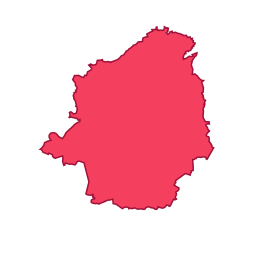 the district of San Marcos, Sucre, Colombia, rotated 72°
{"feature_id": "7082276B33104783866993", "entity_name": "San Marcos", "entity_type": "district", "adm_level": 2, "iso_a3": "COL", "parent_name": "Colombia", "parent_adm1": "Sucre", "projection": "robinson", "projection_center": [-75.194, 8.569], "detail": "fine", "context": "isolated", "style": "filled", "palette": "rose", "viewbox_px": 256, "rotation_deg": 72, "n_neighbors": 0, "source": "geoboundaries", "source_scale": "gbopen_adm2", "svg_char_len": 5616}
<svg xmlns="http://www.w3.org/2000/svg" viewBox="0 0 256 256"><g transform="rotate(72 128 128)"><path d="M205.1,152.1L205.0,151.5L205.1,150.6L205.9,149.1L206.0,148.4L206.1,146.2L208.1,144.1L208.8,141.1L209.4,139.6L210.2,138.5L210.3,138.1L210.4,137.5L210.3,136.9L209.4,135.6L209.2,134.8L209.1,133.5L209.4,132.5L210.8,130.9L212.1,128.4L213.6,127.3L214.0,126.7L214.1,125.7L213.2,124.4L212.9,123.7L212.4,123.8L212.1,123.7L212.2,123.4L212.9,123.1L214.7,120.3L214.9,119.8L214.9,118.2L214.6,117.1L213.5,115.3L213.4,114.6L213.7,114.1L214.4,113.4L215.2,113.0L215.3,112.3L215.0,111.8L214.4,111.1L212.7,109.6L211.9,108.6L210.9,107.8L210.1,107.0L210.1,106.8L210.8,105.5L210.7,103.9L210.4,103.8L209.1,104.9L206.5,102.7L206.3,102.4L204.8,102.3L204.2,102.5L203.8,102.4L203.5,101.7L203.1,99.8L202.3,98.7L200.8,98.1L198.8,99.9L198.7,100.3L197.2,101.1L196.5,101.8L195.6,100.6L194.8,100.1L194.7,99.4L192.9,99.2L192.0,96.6L192.0,96.9L189.0,87.6L192.0,83.4L190.1,82.3L189.9,81.7L188.3,80.9L188.6,79.2L185.1,78.0L178.0,76.3L178.4,75.1L178.3,74.4L177.8,73.7L178.0,73.2L178.1,72.7L177.3,71.8L177.2,71.3L177.5,69.8L178.5,67.9L178.6,65.6L179.6,63.3L180.1,63.0L181.6,63.2L182.2,62.5L173.3,52.7L172.5,53.6L171.9,53.8L170.1,53.7L167.8,54.2L167.0,54.5L166.2,55.0L165.8,55.2L165.6,54.9L163.3,54.1L162.0,53.9L161.2,54.0L160.7,55.1L160.3,55.6L158.8,55.7L158.2,55.3L157.9,54.5L156.9,53.4L156.5,52.0L156.0,51.4L155.5,51.6L155.2,52.1L153.4,52.4L151.6,52.4L149.9,53.2L149.1,53.0L148.7,51.9L148.7,51.2L149.0,49.9L149.3,49.4L148.6,49.3L148.2,49.2L147.2,49.0L145.9,52.5L142.8,53.1L140.9,53.3L134.9,50.9L132.8,50.6L131.0,48.7L129.1,47.6L129.1,48.5L126.7,46.8L125.9,45.8L125.3,45.9L125.2,46.3L124.5,47.1L123.6,47.2L123.0,46.8L122.5,46.7L122.0,47.0L121.5,46.7L121.2,46.9L120.7,46.5L120.2,46.7L119.5,46.5L118.9,47.0L118.4,46.9L118.2,47.1L117.7,47.1L117.4,46.9L117.3,45.6L113.0,43.8L107.8,43.8L107.1,43.5L106.9,43.4L106.9,42.9L106.2,41.5L105.5,43.2L103.5,44.6L102.1,45.2L101.3,45.8L100.4,45.7L97.6,47.4L97.2,47.8L97.0,50.3L96.3,50.3L95.2,49.4L93.7,49.0L92.7,48.3L87.8,48.3L87.5,48.2L85.9,47.3L85.9,47.2L85.7,47.1L85.0,47.1L85.1,46.8L84.5,46.5L83.9,45.9L83.4,45.7L81.0,42.6L80.6,42.0L80.5,41.1L79.0,39.7L77.8,39.2L77.8,41.1L78.0,41.9L78.0,44.3L79.6,43.7L79.9,44.9L79.2,46.6L78.7,47.6L79.5,50.5L80.0,53.8L79.5,53.8L79.2,53.4L78.8,53.8L77.8,53.9L77.6,53.4L76.0,52.4L75.5,51.6L74.9,51.2L75.2,50.2L75.0,49.8L73.7,50.1L73.5,49.9L73.2,49.1L73.1,47.6L73.2,47.2L73.9,47.0L73.4,45.7L73.5,44.3L72.5,43.6L71.9,42.4L71.4,42.5L71.5,42.0L70.8,42.0L70.5,40.3L69.9,40.6L69.7,40.6L69.3,39.0L68.0,37.9L66.6,39.7L65.2,38.8L63.8,39.8L62.7,39.1L62.6,40.6L60.5,40.8L60.3,43.5L57.9,43.8L57.2,46.8L56.3,47.1L56.0,47.5L54.1,49.9L53.5,51.2L51.6,53.3L51.4,55.3L51.3,55.2L50.7,56.6L49.6,56.2L49.6,58.3L50.5,59.4L51.3,61.0L51.1,61.4L49.2,62.0L49.2,61.5L49.0,61.4L48.1,60.0L47.4,60.1L47.0,59.5L45.6,58.8L44.9,59.7L45.4,59.9L44.0,61.6L43.8,61.4L43.1,62.1L43.9,62.2L44.3,62.8L45.2,63.2L45.9,64.1L45.9,65.1L45.7,65.2L45.2,66.0L44.9,67.4L44.4,68.8L44.6,68.8L44.2,69.7L43.4,69.4L43.2,70.1L40.9,69.2L40.7,69.8L42.9,71.1L41.8,74.8L43.4,74.4L43.9,78.5L44.5,81.2L47.3,80.9L46.9,83.2L47.0,85.8L47.4,86.2L50.2,87.5L49.3,91.6L50.6,94.0L51.1,95.4L50.9,97.4L51.5,98.1L52.7,100.8L53.2,102.9L54.2,104.1L54.3,106.0L55.5,107.1L56.0,108.1L57.0,109.2L57.2,109.8L57.3,111.8L57.7,112.7L58.8,114.3L59.8,117.0L60.0,122.8L60.2,124.1L60.2,124.4L59.9,124.4L60.1,124.8L60.0,125.1L59.0,125.7L58.7,126.3L58.0,129.6L56.3,131.6L55.5,131.5L55.1,131.3L54.9,134.3L54.7,134.2L54.2,136.3L55.0,136.9L55.8,137.1L57.0,138.1L57.8,139.2L57.3,142.2L56.5,142.7L56.0,143.3L56.2,143.8L56.8,143.5L56.9,144.2L56.3,144.6L56.0,145.4L55.9,145.3L56.0,145.9L59.8,144.2L60.3,144.2L61.0,144.6L61.3,145.3L62.1,149.1L65.1,151.1L65.2,151.6L64.4,152.7L66.2,154.7L65.0,156.5L62.7,158.7L61.6,162.7L65.0,165.7L65.9,165.2L66.6,165.1L67.4,164.7L68.9,164.2L69.5,164.3L70.8,164.8L71.8,164.7L73.3,164.0L74.3,164.2L74.8,164.5L76.0,165.7L77.3,166.2L77.1,166.3L77.7,166.4L77.6,168.4L79.0,168.8L80.0,169.9L80.5,170.1L80.9,170.2L81.7,169.9L83.2,170.4L83.6,170.4L84.0,170.3L84.0,170.1L86.3,169.8L89.1,170.0L90.2,170.1L91.2,171.0L92.1,170.2L92.5,170.1L93.0,170.1L94.5,170.7L95.2,170.6L95.9,171.4L97.8,172.5L97.9,175.5L96.4,176.2L94.9,177.4L95.1,178.9L96.8,178.9L98.6,179.5L99.6,180.7L100.1,180.2L99.9,179.4L99.9,179.0L103.2,173.6L103.8,173.2L104.5,173.4L105.2,172.9L105.0,171.9L105.1,171.1L105.8,171.5L106.8,171.6L107.1,172.9L107.4,175.1L108.1,177.5L110.3,181.8L111.1,183.8L113.4,188.5L115.8,190.9L117.8,193.6L115.7,195.8L114.5,196.7L111.8,197.7L110.7,198.4L110.0,199.3L109.3,201.0L109.0,203.0L109.9,204.6L110.8,205.3L111.5,205.6L113.1,205.9L115.9,205.1L115.7,208.7L116.1,211.6L116.4,212.1L117.9,213.0L119.3,214.6L120.8,217.1L121.1,218.1L121.5,217.5L122.2,216.9L123.3,216.5L124.7,216.4L128.5,211.9L127.5,210.9L130.2,208.0L131.4,208.5L133.3,207.8L134.3,206.4L134.3,198.9L135.2,198.8L136.6,199.4L137.2,199.3L138.6,200.2L139.7,200.5L143.7,200.6L143.7,199.6L142.0,198.4L144.4,194.7L144.6,194.4L144.6,193.3L146.7,189.8L146.4,189.1L144.3,186.7L144.3,184.9L145.8,182.7L146.5,181.9L147.4,180.6L167.2,181.8L177.7,188.4L179.0,187.2L180.0,185.2L180.5,183.8L180.6,182.7L180.1,182.0L180.5,181.8L180.7,181.7L181.7,182.3L181.6,182.5L182.7,182.9L183.3,182.6L183.4,181.9L183.6,181.5L184.9,181.4L185.1,181.8L184.8,183.9L185.1,184.7L185.7,185.4L186.4,185.5L186.8,185.9L187.6,185.7L188.6,184.7L190.0,182.1L190.3,180.3L191.3,179.2L191.0,176.7L190.8,172.7L190.6,172.7L190.4,169.1L190.8,168.1L190.9,167.4L190.9,166.0L191.1,165.1L191.0,164.5L195.4,165.5L196.9,162.8L203.0,158.2L202.4,156.6L202.5,154.2L203.8,152.0L205.1,152.1Z" fill="#f43f5e" stroke="#9f1239" stroke-width="1.5"/></g></svg>